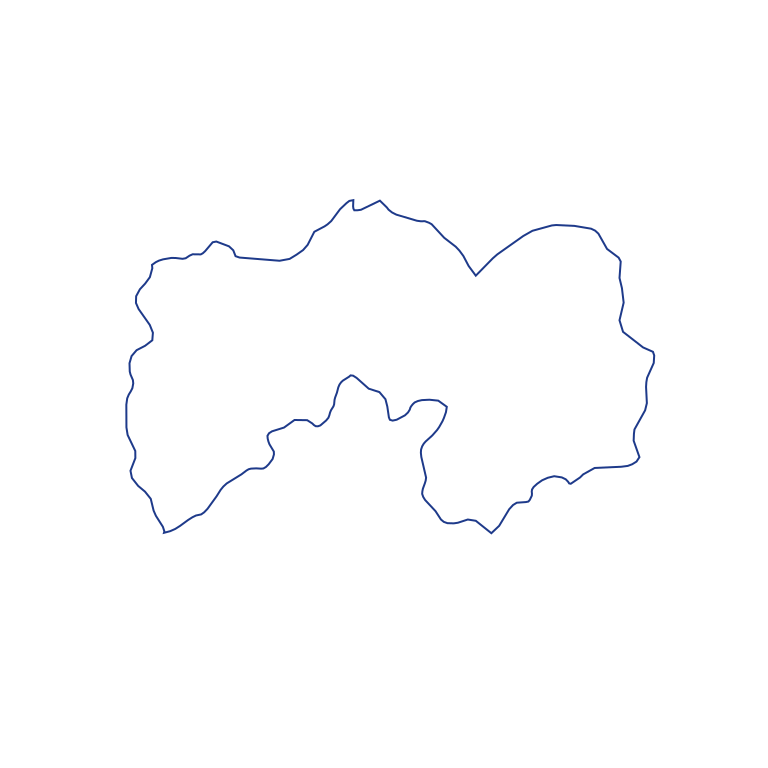 SVG path tracing the border of Nuristan, rotated 207°
{"feature_id": "AFG-1761", "entity_name": "Nuristan", "entity_type": "Province", "adm_level": 1, "iso_a3": "AFG", "parent_name": "Afghanistan", "parent_adm1": "", "projection": "equal_earth", "projection_center": [70.816, 35.467], "detail": "fine", "context": "isolated", "style": "outline", "palette": "blue", "viewbox_px": 768, "rotation_deg": 207, "n_neighbors": 0, "source": "natural_earth", "source_scale": "10m", "svg_char_len": 3250}
<svg xmlns="http://www.w3.org/2000/svg" viewBox="0 0 768 768"><g transform="rotate(207 384 384)"><path d="M512.5,151.5L512.8,153.0L516.2,156.4L527.4,163.0L531.8,166.6L539.7,175.8L548.1,179.6L556.8,181.6L565.9,185.8L570.5,191.6L571.9,205.1L575.2,211.4L589.3,222.2L593.8,228.4L604.2,248.6L606.3,254.7L606.6,258.8L606.3,262.3L606.3,266.0L607.7,270.7L609.5,273.5L614.2,277.4L616.2,279.7L620.2,287.0L621.6,294.3L619.8,301.8L614.2,309.6L610.3,317.8L613.2,324.8L619.5,330.3L636.7,339.4L641.8,343.6L644.7,349.7L644.5,357.6L642.4,365.0L641.1,372.9L643.0,382.0L644.8,384.8L642.6,389.0L640.5,391.8L637.4,394.8L630.7,399.8L626.8,401.7L620.3,404.1L617.8,406.0L615.5,410.1L613.4,412.7L606.1,416.3L604.8,418.2L603.7,421.1L601.0,432.5L598.1,434.8L584.6,436.3L579.0,434.7L574.3,430.5L570.1,431.1L533.0,446.4L524.9,452.6L520.6,459.6L516.9,466.6L515.2,473.3L515.2,488.0L508.5,497.5L506.8,500.6L505.0,505.2L502.5,519.8L499.6,528.0L498.0,531.4L494.8,533.9L492.2,528.3L490.9,526.4L489.3,525.3L486.3,526.9L483.6,528.8L470.9,545.5L461.6,542.6L459.1,541.4L454.7,540.5L449.9,540.5L428.8,544.4L425.1,545.7L421.5,547.6L417.2,548.1L414.1,548.0L396.7,541.6L382.4,538.9L377.4,537.1L371.4,534.1L362.2,527.6L351.4,522.2L344.1,545.4L341.9,550.9L327.1,579.1L321.3,587.9L306.4,601.5L302.8,603.8L286.2,611.3L270.0,616.4L265.5,616.5L261.2,615.3L246.6,605.6L232.3,603.1L228.7,600.6L222.3,585.4L215.5,577.4L207.4,565.3L203.1,547.7L194.7,539.0L169.8,534.2L159.0,534.8L156.2,532.1L153.2,525.2L152.4,509.0L151.1,504.8L149.2,500.4L141.1,486.3L139.4,479.1L140.2,457.2L138.7,453.1L135.8,446.8L123.2,434.8L123.8,429.5L126.4,425.2L129.6,421.7L135.0,418.0L158.2,404.8L165.5,393.9L166.9,389.7L172.3,379.9L173.9,379.5L175.6,380.5L178.8,381.6L183.2,381.5L190.5,379.1L195.5,374.8L199.4,370.0L202.2,364.7L203.9,360.2L204.2,357.2L203.5,355.2L202.4,353.5L201.6,351.6L201.5,346.9L202.0,344.8L204.0,343.2L211.8,338.5L214.1,334.7L215.6,329.3L217.0,309.9L220.6,299.8L240.1,303.8L247.8,301.3L255.2,293.9L258.6,291.5L264.3,288.8L268.1,288.3L271.7,289.1L280.4,294.1L294.7,299.3L297.8,301.2L300.1,303.4L301.1,305.8L301.8,308.3L302.5,314.0L303.0,316.8L304.0,319.7L317.6,335.9L319.9,339.4L321.2,342.4L321.7,345.8L321.5,348.9L320.8,351.7L317.6,360.1L315.8,367.1L315.3,370.7L315.0,377.4L315.2,381.0L316.0,387.0L317.7,392.2L328.1,393.8L336.4,390.6L343.0,386.8L346.1,384.2L348.3,381.5L349.1,379.3L349.6,377.1L349.8,375.0L349.4,372.9L349.7,369.5L351.1,365.6L356.5,357.9L359.7,355.3L362.5,354.8L364.5,356.5L370.8,365.4L375.8,371.1L384.4,374.7L395.5,372.9L411.2,377.0L415.3,377.4L417.7,376.5L418.4,374.7L422.2,368.3L423.0,366.0L423.4,363.3L423.2,360.3L422.0,354.9L421.4,349.8L420.9,347.5L419.2,343.2L418.9,341.1L419.3,336.6L419.1,334.1L418.5,331.3L418.2,328.7L419.0,325.2L421.9,318.2L423.7,316.3L425.7,315.4L427.8,315.6L430.0,316.3L436.0,316.9L447.4,311.3L453.3,299.8L462.3,291.0L464.1,287.9L464.3,284.9L462.8,282.5L460.9,280.3L458.7,278.3L451.5,273.8L450.1,271.3L449.2,266.6L450.3,260.2L451.5,256.5L453.1,254.0L455.0,252.8L459.6,250.8L464.1,248.2L465.9,246.6L467.3,244.4L470.0,238.8L479.0,224.0L480.6,219.7L481.5,215.5L482.2,207.9L484.6,192.6L486.0,188.0L487.7,184.8L491.8,181.5L494.2,178.3L496.8,173.9L501.3,165.0L504.2,160.1L507.7,155.8L512.5,151.5L512.5,151.5Z" fill="none" stroke="#1e3a8a" stroke-width="2"/></g></svg>